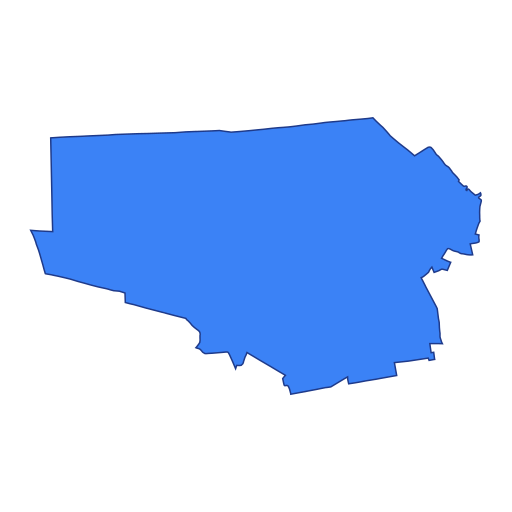 outline of Tan Phuoc, Tiền Giang, Vietnam
{"feature_id": "81297802B67867529169474", "entity_name": "Tan Phuoc", "entity_type": "district", "adm_level": 2, "iso_a3": "VNM", "parent_name": "Vietnam", "parent_adm1": "Tiền Giang", "projection": "albers", "projection_center": [106.267, 10.509], "detail": "fine", "context": "isolated", "style": "filled", "palette": "blue", "viewbox_px": 512, "rotation_deg": 0, "n_neighbors": 0, "source": "geoboundaries", "source_scale": "gbopen_adm2", "svg_char_len": 5137}
<svg xmlns="http://www.w3.org/2000/svg" viewBox="0 0 512 512"><path d="M480.1,221.0L479.9,220.5L479.8,220.2L479.8,219.4L479.8,218.8L479.7,218.3L479.7,215.8L479.6,212.4L479.7,209.3L479.9,206.5L480.4,204.6L481.0,202.3L481.3,201.0L481.3,200.5L481.2,200.0L480.9,199.6L479.3,198.5L478.8,198.1L478.6,197.7L479.1,196.8L479.9,196.3L480.4,196.0L480.7,195.6L480.9,195.3L480.9,194.4L480.8,193.9L480.7,193.3L480.5,193.0L480.4,192.8L479.1,193.8L477.7,194.5L475.9,195.0L475.3,195.2L474.2,194.3L473.1,193.4L472.1,192.6L470.8,191.5L469.4,189.9L468.8,189.3L468.3,189.1L467.9,189.1L467.5,189.4L467.1,189.9L466.8,190.5L466.4,190.3L466.0,189.9L466.1,189.4L466.2,189.0L466.5,188.5L466.8,188.0L467.0,187.6L467.1,187.2L467.1,186.9L467.0,186.6L466.6,186.2L466.3,186.0L465.5,186.0L464.8,186.2L464.0,186.3L463.5,186.1L461.7,184.5L458.5,181.4L459.1,179.9L458.7,179.4L456.9,177.0L455.1,175.1L454.7,174.7L452.7,172.7L452.2,172.1L452.1,171.8L451.8,171.3L451.4,170.7L450.3,169.3L449.4,168.0L448.8,167.4L448.0,166.7L447.3,166.3L446.4,165.7L445.5,165.1L444.8,164.3L444.2,163.5L443.7,162.8L443.2,162.0L442.6,161.2L442.0,160.4L441.2,159.4L438.7,156.5L438.2,156.0L437.1,155.2L436.7,154.8L436.6,154.7L436.1,154.2L433.3,149.9L431.1,147.5L430.0,147.1L429.3,147.1L428.1,147.3L424.5,149.5L414.6,155.8L407.6,149.9L402.4,145.9L398.3,142.7L397.0,141.6L393.1,138.3L390.1,135.7L389.1,134.4L386.8,131.7L382.9,127.4L380.4,125.2L376.1,121.1L372.9,117.8L371.6,118.0L367.8,118.5L361.3,119.1L352.7,119.8L348.9,120.2L345.0,120.7L342.5,120.9L337.3,121.4L330.2,122.0L324.9,122.5L321.5,123.0L313.1,124.1L305.2,124.8L295.9,126.1L290.0,126.8L289.1,126.9L283.0,127.4L278.5,127.7L277.5,127.8L272.0,128.3L263.4,129.3L259.0,129.7L250.0,130.6L239.9,131.5L230.9,132.2L230.1,132.0L225.4,131.4L219.2,130.5L218.1,130.6L212.3,130.9L204.5,131.2L196.6,131.5L195.4,131.5L185.6,131.9L175.0,132.7L160.4,133.1L148.5,133.5L138.3,133.7L126.8,134.1L115.6,134.5L111.7,134.8L108.1,135.1L105.7,135.2L87.2,136.0L81.6,136.3L68.6,136.8L59.3,137.3L52.0,137.8L51.4,137.8L50.7,137.9L51.9,197.2L52.2,214.5L52.6,228.9L52.7,231.6L39.6,231.0L34.2,230.6L30.7,230.3L33.1,235.1L34.5,238.6L35.8,242.2L36.3,244.1L38.5,250.0L39.6,253.5L43.0,265.4L44.0,269.2L44.8,271.9L45.3,273.6L45.7,273.8L47.5,274.1L51.5,274.8L54.1,275.4L57.6,276.1L65.0,277.8L70.3,279.1L78.1,281.5L84.4,283.2L90.8,285.0L98.1,286.9L101.8,287.7L106.4,288.7L108.7,289.3L110.2,289.8L112.5,290.4L113.7,290.7L116.1,290.9L119.4,291.2L123.8,292.6L125.0,293.0L125.3,302.5L130.2,303.8L133.8,304.6L146.5,308.2L160.4,311.8L174.4,315.5L185.9,318.4L186.5,319.5L188.2,320.9L190.1,322.9L192.1,325.4L194.4,327.5L195.6,328.4L196.6,329.2L198.0,330.2L199.1,331.2L199.8,332.2L200.1,333.5L200.2,334.3L200.0,335.5L200.0,338.0L200.1,340.1L199.9,341.6L199.8,342.4L199.5,342.9L198.9,343.9L197.4,345.9L196.7,346.8L195.9,347.7L196.6,348.0L196.9,348.1L199.0,348.7L200.1,349.3L201.2,350.4L202.7,352.2L203.8,352.9L204.8,353.5L205.4,353.6L206.2,353.6L206.5,353.6L208.6,353.4L212.4,353.2L218.4,352.7L222.1,352.4L226.1,352.0L227.6,352.1L228.1,352.4L228.5,352.9L229.5,354.7L232.6,361.6L235.6,368.7L236.7,365.4L239.4,365.5L241.2,365.3L241.9,364.6L242.7,363.9L243.3,362.7L243.5,361.7L244.0,360.2L244.9,357.4L246.1,354.9L247.0,352.5L248.6,353.5L254.0,356.7L259.3,359.9L269.9,366.1L280.3,372.3L285.4,375.3L283.6,377.4L282.7,378.6L283.7,383.4L284.1,385.0L284.4,385.4L284.6,385.6L284.9,385.7L285.6,385.6L286.4,385.5L286.5,385.4L287.1,385.5L287.7,385.7L288.0,386.0L288.3,386.3L289.4,388.7L290.1,391.2L290.8,393.9L290.8,394.2L308.1,391.0L317.0,389.3L319.9,388.7L326.0,387.5L326.7,387.5L330.8,386.9L339.4,381.7L344.4,378.7L347.6,376.9L347.7,379.2L348.1,381.2L348.7,383.8L354.6,382.9L358.7,382.2L366.1,380.8L369.4,380.3L374.8,379.4L375.0,379.4L377.8,378.9L379.8,378.5L389.9,376.7L396.7,375.5L395.7,370.0L394.4,362.6L408.5,361.1L428.2,358.1L429.1,360.4L433.9,359.5L434.7,359.4L434.5,358.4L433.7,352.3L431.1,352.7L429.8,343.6L438.9,343.6L442.4,343.7L441.6,342.1L441.0,340.2L440.3,338.1L440.0,336.8L440.0,335.1L440.0,333.2L439.8,331.9L439.6,330.0L439.4,327.5L439.3,325.2L439.2,322.5L438.9,320.8L438.7,319.8L438.5,318.9L438.4,318.1L437.7,312.6L437.5,310.9L437.2,308.6L436.2,306.5L425.7,286.7L425.2,285.6L422.3,279.9L421.8,279.1L421.2,277.6L421.5,277.5L421.9,277.4L423.5,276.5L426.3,274.2L428.5,272.3L428.9,271.5L429.9,269.5L431.2,267.9L431.9,267.1L434.1,272.4L438.8,270.7L441.3,269.3L441.9,269.2L442.6,269.2L444.9,269.8L447.3,270.4L450.7,262.3L450.3,262.2L447.3,261.0L441.6,258.3L443.1,255.6L443.9,254.5L445.2,252.4L446.4,250.3L447.2,249.2L447.6,248.7L448.0,248.6L448.6,248.6L448.9,248.6L449.5,248.8L450.6,249.3L451.8,250.0L453.0,250.6L454.1,251.0L455.7,251.4L457.0,251.7L458.0,252.0L458.6,252.2L459.2,252.7L459.9,253.1L460.7,253.5L461.5,253.7L462.8,253.8L464.0,254.0L465.0,254.2L466.2,254.5L467.5,254.7L468.6,254.8L469.7,254.9L470.9,254.9L471.7,254.9L472.7,254.8L471.6,250.0L470.4,244.8L470.2,243.9L472.2,243.5L475.1,243.1L476.5,242.8L478.0,242.3L479.0,241.8L479.1,241.3L479.1,240.8L479.1,240.2L479.1,239.7L479.0,239.2L478.9,238.5L478.8,238.1L478.8,237.5L478.8,236.2L478.9,235.6L479.0,235.0L475.3,234.0L476.6,229.6L477.7,226.4L478.8,223.4L480.1,221.0Z" fill="#3b82f6" stroke="#1e3a8a" stroke-width="1.5"/></svg>